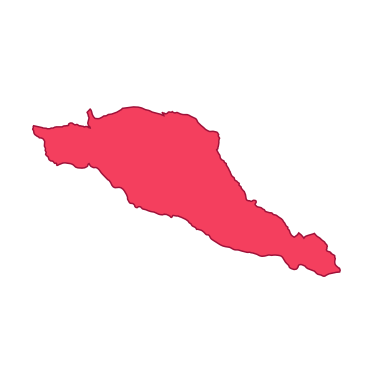 outline of Providencia, Nariño, Colombia, rotated 128°
{"feature_id": "7082276B88389252568355", "entity_name": "Providencia", "entity_type": "district", "adm_level": 2, "iso_a3": "COL", "parent_name": "Colombia", "parent_adm1": "Nariño", "projection": "albers", "projection_center": [-77.599, 1.239], "detail": "fine", "context": "isolated", "style": "filled", "palette": "rose", "viewbox_px": 384, "rotation_deg": 128, "n_neighbors": 0, "source": "geoboundaries", "source_scale": "gbopen_adm2", "svg_char_len": 6046}
<svg xmlns="http://www.w3.org/2000/svg" viewBox="0 0 384 384"><g transform="rotate(128 192 192)"><path d="M252.6,313.9L248.7,311.6L247.2,310.0L244.5,305.3L244.0,304.0L243.7,302.2L244.0,299.2L243.9,298.6L243.2,296.8L240.9,293.4L239.0,291.5L236.9,290.5L235.8,290.3L234.1,290.9L233.6,290.9L233.0,290.6L233.8,288.6L234.0,287.6L233.8,286.2L233.5,284.9L233.2,284.3L232.0,283.0L231.7,282.4L231.5,281.2L231.5,280.3L231.7,278.7L232.7,275.4L233.1,273.2L234.1,266.0L233.9,264.3L234.6,262.0L236.0,259.2L236.4,257.4L236.3,256.3L235.9,255.2L233.3,252.4L232.8,251.5L232.3,250.3L232.3,247.9L232.8,245.9L234.4,241.9L235.7,239.7L236.9,238.7L237.4,238.2L238.8,234.9L238.9,234.1L238.7,233.4L237.6,231.7L237.5,230.9L237.6,229.7L237.9,228.9L238.6,228.0L238.7,226.9L238.6,226.5L238.2,225.7L237.7,225.4L236.9,225.3L236.5,225.1L236.2,224.8L235.5,223.7L235.4,223.1L235.7,221.3L235.7,220.4L234.3,217.3L233.7,215.0L232.7,212.3L231.2,209.6L230.0,204.6L229.4,203.2L228.3,201.4L227.4,200.7L226.5,200.2L226.4,199.5L225.7,198.9L225.5,198.5L225.2,197.6L224.6,194.7L224.9,193.1L224.8,192.7L224.1,192.4L222.6,192.6L222.1,192.5L220.5,189.5L219.5,188.2L219.1,186.6L218.5,184.9L217.4,180.0L217.3,177.3L217.9,175.4L217.8,173.0L218.3,171.9L218.5,171.1L218.4,169.9L218.0,168.4L217.9,167.4L218.1,166.5L218.6,165.4L217.8,164.5L216.5,161.3L216.3,160.2L216.3,158.2L216.8,155.0L216.6,154.0L215.7,152.7L215.7,152.0L215.8,151.3L216.7,149.4L217.0,148.4L217.1,147.6L217.0,145.8L216.3,138.4L216.1,136.9L215.5,134.4L214.5,132.1L212.5,128.5L212.2,127.5L211.7,124.2L211.4,123.2L211.0,122.4L209.2,119.9L207.8,116.3L205.7,111.6L205.2,110.8L203.9,109.4L203.6,108.3L202.6,106.5L201.1,102.4L200.6,99.6L200.0,98.1L199.4,97.1L197.6,95.2L194.3,92.7L192.9,90.3L191.5,88.9L190.4,87.6L189.0,85.4L187.9,83.3L187.6,82.1L187.7,80.5L189.7,75.2L190.0,73.4L190.3,70.9L190.5,70.3L191.2,69.2L191.4,68.7L191.4,67.8L191.2,66.5L190.3,64.0L189.8,63.4L188.5,62.3L187.5,62.1L185.7,62.3L184.6,62.8L183.7,62.8L182.7,62.2L181.9,61.2L181.5,60.2L180.8,57.4L181.2,55.3L181.1,53.6L179.1,47.1L179.0,46.1L179.2,45.6L179.4,44.0L179.4,42.7L179.3,42.1L178.0,39.2L177.6,37.1L177.1,36.1L176.2,35.4L174.9,35.0L172.2,33.7L166.5,28.9L165.1,27.4L164.1,26.4L162.4,27.1L161.4,28.7L161.3,29.0L161.6,29.2L161.4,32.8L161.1,34.1L160.6,35.1L159.8,36.0L158.7,36.9L156.3,38.1L155.9,38.6L155.8,39.2L154.4,40.2L154.3,41.4L154.7,43.1L154.4,45.2L154.6,45.2L154.4,45.7L154.3,45.8L154.3,46.2L154.5,47.0L154.9,47.6L155.0,48.2L155.3,48.8L155.3,49.4L155.0,50.0L154.9,50.4L154.7,50.6L153.7,50.8L152.7,51.6L151.7,51.8L151.0,52.7L150.6,53.5L150.4,55.4L149.9,56.3L149.8,57.2L149.9,59.8L149.6,63.0L149.9,65.8L149.9,66.9L149.3,70.1L150.1,70.5L154.7,73.8L156.8,75.1L157.6,75.4L159.5,75.4L159.1,76.8L158.6,79.5L158.5,82.7L160.5,82.6L161.4,82.7L164.3,83.5L164.7,83.7L164.9,85.7L164.8,87.2L163.9,89.4L162.3,91.8L162.0,93.8L161.7,94.3L161.0,94.6L160.8,94.8L160.7,95.1L160.8,96.2L160.7,97.1L159.4,99.9L159.0,101.8L158.6,102.6L158.3,103.4L158.1,105.2L158.4,108.6L158.4,111.1L158.9,112.4L159.6,113.8L159.7,114.2L159.4,115.5L159.4,116.3L160.7,118.4L162.0,121.7L162.0,122.8L161.5,123.9L161.5,124.5L161.8,125.5L161.8,127.9L162.1,128.6L163.3,131.1L163.5,131.9L163.3,133.8L163.0,134.5L162.5,134.9L160.9,135.0L160.3,135.3L159.7,136.0L159.6,136.6L160.3,138.0L160.6,138.4L161.3,138.8L162.5,139.2L163.2,139.9L163.3,140.8L163.6,141.5L164.2,142.2L164.5,143.2L164.6,143.9L164.4,144.6L163.8,145.4L161.2,148.2L159.5,151.1L159.3,152.8L158.7,155.4L158.6,155.7L158.0,156.2L157.7,156.8L157.7,159.1L157.5,159.4L156.4,159.8L156.1,160.4L156.2,162.2L155.9,163.5L156.2,164.5L156.2,165.7L154.8,167.7L154.9,169.3L154.7,170.8L153.4,173.3L152.6,174.4L152.2,175.5L150.9,178.0L149.6,181.7L149.0,182.0L148.5,182.6L148.7,184.7L147.9,185.9L147.9,186.4L148.2,187.7L148.3,188.9L147.9,190.1L147.8,190.6L146.1,192.5L145.5,193.7L145.5,194.4L145.0,195.4L144.4,196.8L144.1,197.3L143.7,198.5L143.4,198.7L142.5,198.3L141.9,198.4L140.8,199.1L139.8,199.4L137.8,200.5L136.3,201.4L135.7,202.0L134.4,202.8L133.5,203.2L132.6,203.4L131.9,205.4L131.5,205.9L130.2,206.5L130.1,207.2L129.7,208.0L129.5,208.7L129.7,209.6L130.6,211.6L131.2,212.8L133.1,214.9L133.7,215.9L134.3,219.1L134.3,220.8L134.1,222.3L134.0,226.1L133.6,229.7L133.2,231.0L132.4,232.4L131.9,234.2L133.1,239.6L133.4,241.7L134.0,243.4L136.2,246.3L136.9,247.5L137.6,249.2L138.5,252.7L139.0,253.2L139.9,253.8L140.5,254.6L140.9,256.3L140.8,257.0L142.0,257.4L143.0,259.3L143.3,259.6L143.6,259.8L145.1,259.9L145.5,260.1L146.6,260.9L146.9,261.8L147.0,262.6L147.4,263.1L147.8,264.8L148.4,262.0L149.2,261.2L150.2,264.9L153.5,272.5L154.0,275.1L154.3,276.2L155.8,279.4L156.6,282.8L157.1,284.2L158.3,286.7L161.0,290.5L168.9,298.3L170.5,298.4L175.3,300.3L180.1,303.3L182.5,305.7L184.1,306.2L185.1,306.8L186.4,308.3L188.3,308.9L190.3,309.8L191.2,310.3L192.1,311.2L193.6,313.5L193.7,314.0L193.5,315.3L193.2,316.3L192.3,318.3L190.5,320.6L189.7,321.9L189.5,322.6L189.4,323.3L193.8,323.7L194.9,321.6L196.1,320.3L196.7,319.0L197.1,318.7L201.6,316.7L202.1,316.3L203.5,314.2L203.6,312.7L203.9,311.9L204.2,311.6L204.9,313.2L204.9,314.5L205.0,314.9L206.0,316.2L207.1,317.0L207.3,318.4L207.9,319.1L208.4,320.4L209.2,321.5L209.3,322.0L209.4,323.6L209.6,324.3L210.9,325.3L211.2,325.7L211.4,326.8L211.5,328.9L212.1,329.8L212.6,330.4L214.0,331.0L215.0,330.8L215.3,330.4L216.0,330.6L216.6,331.2L217.1,331.8L217.9,332.5L218.7,333.5L219.6,334.1L220.0,334.1L220.7,334.5L224.1,338.9L225.5,340.1L226.9,340.7L227.2,340.9L228.4,342.4L229.3,342.8L230.0,343.4L231.3,345.1L231.5,346.1L232.9,348.1L233.4,349.1L233.4,349.5L237.3,357.6L238.2,357.4L239.2,356.6L240.2,356.4L240.7,356.1L241.3,354.4L242.0,353.8L243.1,352.4L243.4,351.5L243.5,350.9L243.4,348.1L243.0,346.9L243.3,345.7L242.2,344.0L241.8,342.5L242.0,341.2L242.6,339.7L242.8,339.3L243.3,338.9L246.7,336.6L247.6,334.7L247.9,334.3L249.7,333.2L250.3,331.7L250.5,331.3L252.4,330.6L252.9,329.2L252.9,327.1L253.1,326.7L254.5,324.6L254.5,322.7L254.4,322.3L253.8,321.5L253.4,320.3L253.9,318.4L253.9,317.8L253.0,316.9L252.9,316.6L253.0,316.2L254.0,315.3L254.1,314.7L253.5,314.2L252.6,313.9Z" fill="#f43f5e" stroke="#9f1239" stroke-width="1.5"/></g></svg>